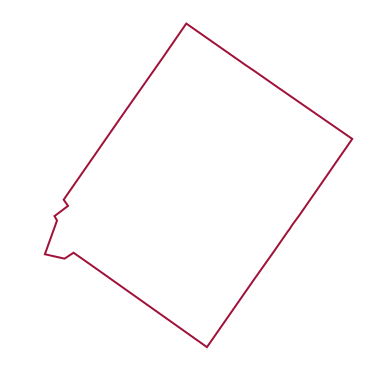 outline of Amite, Mississippi, United States of America, rotated 305°
{"feature_id": "52423323B37899299883293", "entity_name": "Amite", "entity_type": "district", "adm_level": 2, "iso_a3": "USA", "parent_name": "United States of America", "parent_adm1": "Mississippi", "projection": "orthographic", "projection_center": [-90.779, 31.174], "detail": "fine", "context": "isolated", "style": "outline", "palette": "rose", "viewbox_px": 384, "rotation_deg": 305, "n_neighbors": 0, "source": "geoboundaries", "source_scale": "gbopen_adm2", "svg_char_len": 571}
<svg xmlns="http://www.w3.org/2000/svg" viewBox="0 0 384 384"><g transform="rotate(305 192 192)"><path d="M189.6,293.2L210.4,293.1L212.4,293.1L214.3,293.1L217.6,293.2L222.8,293.0L234.8,293.3L276.1,293.1L277.3,293.1L307.0,292.9L307.7,293.0L309.1,292.9L309.6,292.9L317.7,292.9L327.4,292.8L327.2,258.9L326.9,200.4L326.9,175.1L326.7,163.6L326.7,90.7L284.7,91.0L216.8,90.9L112.1,91.3L109.5,98.4L93.4,93.2L91.2,97.8L56.6,107.2L64.3,125.8L74.3,129.8L74.3,150.7L73.5,293.2L82.5,293.2L155.5,293.0L189.5,293.2L189.6,293.2Z" fill="none" stroke="#9f1239" stroke-width="2"/></g></svg>